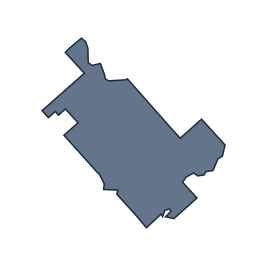 the district of Prairie, Arkansas, United States of America, rotated 137°
{"feature_id": "52423323B23335905027720", "entity_name": "Prairie", "entity_type": "district", "adm_level": 2, "iso_a3": "USA", "parent_name": "United States of America", "parent_adm1": "Arkansas", "projection": "natural_earth1", "projection_center": [-91.556, 34.786], "detail": "fine", "context": "isolated", "style": "filled", "palette": "slate", "viewbox_px": 256, "rotation_deg": 137, "n_neighbors": 0, "source": "geoboundaries", "source_scale": "gbopen_adm2", "svg_char_len": 748}
<svg xmlns="http://www.w3.org/2000/svg" viewBox="0 0 256 256"><g transform="rotate(137 128 128)"><path d="M100.8,225.5L117.0,226.3L122.3,226.0L122.6,197.8L179.0,199.3L179.2,189.9L169.9,189.6L170.1,184.8L160.8,184.6L161.0,165.9L179.8,166.4L180.8,115.6L180.2,114.9L183.4,103.4L187.8,99.7L177.9,89.6L181.3,87.2L181.8,56.8L182.6,42.5L162.3,42.4L163.1,39.6L157.2,42.5L153.1,40.8L153.4,37.8L161.1,37.5L156.2,30.4L125.3,29.7L125.1,51.0L119.0,52.5L110.6,50.3L109.7,45.4L104.4,41.8L100.6,42.9L94.8,38.9L83.5,44.0L78.0,43.1L68.6,49.4L68.2,84.3L96.8,84.9L96.6,99.0L94.9,164.4L96.9,164.8L110.0,175.7L111.1,179.2L108.6,183.5L104.2,194.0L111.6,198.3L112.6,202.8L103.0,213.6L100.1,220.0L100.8,225.5Z" fill="#64748b" stroke="#1e293b" stroke-width="1.5"/></g></svg>